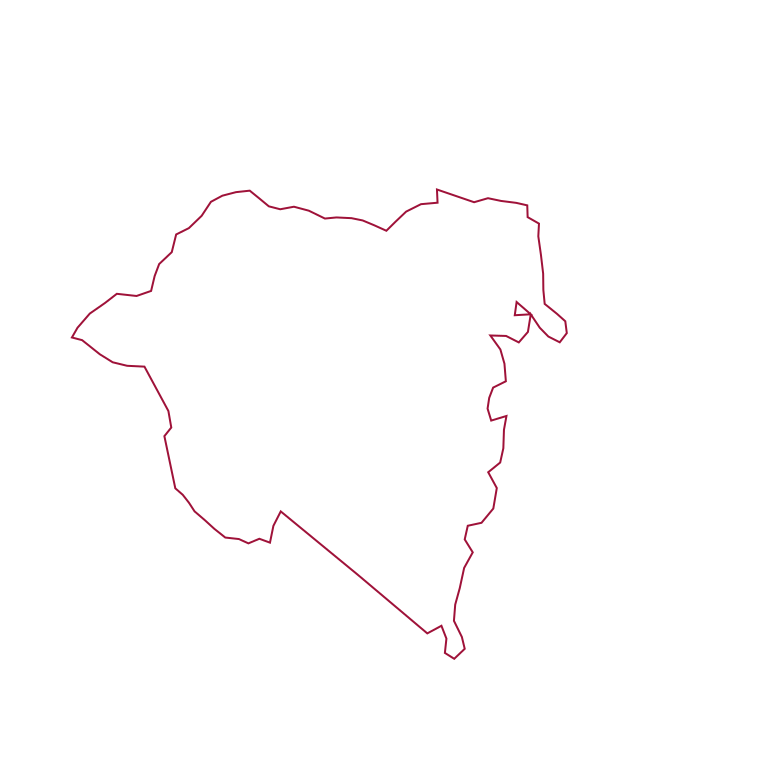 the district of Coronel Martins, Santa Catarina, Brazil, rotated 228°
{"feature_id": "56859067B64546253501816", "entity_name": "Coronel Martins", "entity_type": "district", "adm_level": 2, "iso_a3": "BRA", "parent_name": "Brazil", "parent_adm1": "Santa Catarina", "projection": "albers", "projection_center": [-52.675, -26.542], "detail": "fine", "context": "isolated", "style": "outline", "palette": "rose", "viewbox_px": 768, "rotation_deg": 228, "n_neighbors": 0, "source": "geoboundaries", "source_scale": "gbopen_adm2", "svg_char_len": 1511}
<svg xmlns="http://www.w3.org/2000/svg" viewBox="0 0 768 768"><g transform="rotate(228 384 384)"><path d="M627.4,183.2L618.6,189.0L596.3,192.7L581.7,196.9L569.4,205.3L557.2,217.6L508.2,205.7L494.0,196.8L492.2,185.9L446.1,159.1L436.3,160.3L426.3,159.6L416.1,158.0L402.2,159.8L389.9,161.0L376.1,163.3L365.9,172.4L356.3,176.6L352.4,187.8L342.4,193.1L352.6,206.9L358.4,222.0L259.5,236.9L169.7,249.3L165.9,264.9L153.0,260.0L143.4,249.3L132.8,252.3L133.2,266.8L143.9,272.6L161.2,277.5L172.4,289.3L181.6,303.7L193.7,320.5L199.5,337.3L214.5,340.0L222.6,351.4L215.6,363.6L218.3,381.9L231.2,398.2L248.7,402.4L247.9,417.8L256.4,429.7L269.7,442.5L278.3,453.6L285.1,439.2L296.4,444.5L303.3,452.9L308.3,462.7L304.5,476.4L318.5,487.1L331.8,493.6L348.9,495.5L338.0,506.9L324.7,512.0L326.4,525.8L337.6,539.7L321.6,537.4L309.3,537.9L297.4,542.5L299.5,553.9L309.3,560.7L320.4,559.5L336.0,557.0L347.2,565.3L359.5,576.1L374.9,587.0L390.5,597.5L399.5,606.5L411.9,602.4L420.9,610.0L430.1,603.5L441.7,593.5L452.5,585.6L458.8,572.6L493.1,553.5L482.9,545.1L492.9,531.8L497.3,515.8L496.9,501.3L496.3,488.3L508.6,482.9L519.8,477.6L529.0,470.8L539.6,460.1L546.5,450.8L563.1,444.1L576.0,435.7L583.3,423.8L593.1,417.3L605.4,415.5L617.5,413.6L625.6,402.4L632.1,389.9L635.2,377.3L631.0,361.0L630.4,343.3L634.2,329.6L624.0,314.5L623.6,297.2L617.7,285.8L609.0,273.2L615.0,259.0L629.8,245.8L630.9,230.9L633.2,212.5L630.9,193.9L627.4,183.2ZM337.6,539.7L347.6,527.2L356.2,537.4L337.6,539.7Z" fill="none" stroke="#9f1239" stroke-width="2"/></g></svg>